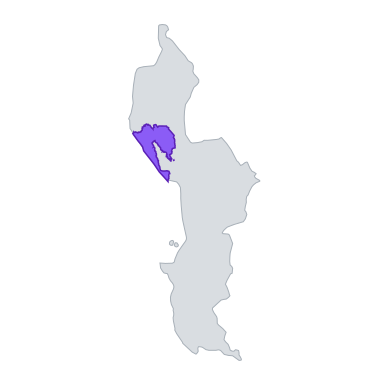 Mangochi, Mangochi, Malawi shown in context, rotated 183°
{"feature_id": "42251766B89682559169951", "entity_name": "Mangochi", "entity_type": "district", "adm_level": 2, "iso_a3": "MWI", "parent_name": "Malawi", "parent_adm1": "Mangochi", "projection": "orthographic", "projection_center": [35.105, -14.138], "detail": "fine", "context": "in_parent", "style": "filled", "palette": "violet", "viewbox_px": 384, "rotation_deg": 183, "n_neighbors": 0, "source": "geoboundaries", "source_scale": "gbopen_adm2", "svg_char_len": 8328}
<svg xmlns="http://www.w3.org/2000/svg" viewBox="0 0 384 384"><g transform="rotate(183 192 192)"><path d="M147.2,224.2L144.9,221.1L143.1,221.9L140.6,224.1L139.2,224.7L138.5,224.7L138.0,224.1L137.4,222.8L135.4,218.8L133.2,215.9L130.8,214.9L128.9,213.6L129.7,212.3L130.6,211.4L130.2,210.4L129.1,209.1L125.0,207.1L124.9,206.3L128.5,204.5L130.8,202.5L132.4,200.5L134.4,196.2L135.9,191.9L137.1,190.5L137.5,187.6L137.2,184.4L138.0,180.4L138.4,176.5L137.1,175.0L136.1,172.4L137.3,168.0L139.2,165.0L148.5,161.7L154.9,158.8L156.3,157.5L158.5,155.1L159.7,152.7L158.8,152.0L153.7,151.9L152.4,151.0L148.7,142.7L150.7,133.0L150.8,129.2L150.7,124.5L150.1,121.1L148.4,119.7L147.4,117.9L147.7,112.9L149.2,112.3L152.4,105.6L153.8,101.7L152.0,98.6L150.1,94.1L149.2,91.3L148.7,90.4L150.1,88.6L152.2,86.9L154.7,86.4L157.3,85.6L165.4,77.3L165.5,75.7L164.0,72.9L160.9,68.8L160.3,67.1L159.9,62.1L158.6,60.6L154.1,57.2L150.6,53.7L151.7,50.1L152.3,46.2L150.5,44.0L148.0,41.8L146.4,38.6L145.6,36.1L143.6,35.2L141.8,35.2L140.4,36.7L139.0,36.6L137.2,36.1L136.6,34.0L136.5,31.7L135.3,30.1L134.1,28.0L133.9,26.9L134.7,26.5L136.2,26.3L142.9,30.6L146.9,30.7L151.3,31.5L155.2,35.3L157.2,35.8L159.7,35.2L166.9,34.8L169.8,35.3L173.5,37.5L175.0,37.8L177.3,37.9L177.7,37.3L178.0,36.0L177.5,33.3L178.1,31.9L179.5,30.3L183.4,32.1L193.3,40.4L193.6,41.4L199.8,49.6L201.9,53.1L201.9,55.0L203.8,62.2L204.3,65.5L203.8,68.1L203.9,70.1L204.7,73.1L204.4,74.3L206.7,78.6L207.7,82.2L208.0,85.8L207.4,89.2L205.4,94.2L205.1,96.3L205.5,98.1L206.8,100.1L208.9,102.3L210.5,104.9L211.6,107.9L212.5,109.3L213.6,109.3L215.7,109.7L217.4,111.5L219.4,114.5L220.0,118.0L220.3,119.4L214.7,119.3L207.7,119.9L206.0,121.2L205.5,124.2L203.3,130.4L202.1,132.7L199.5,136.9L195.8,142.7L195.1,144.6L195.2,146.6L197.4,154.5L199.7,162.9L200.4,166.2L202.0,177.3L202.9,185.1L203.1,189.7L203.8,195.9L205.8,199.2L207.9,201.3L215.8,202.6L218.2,204.1L222.6,208.0L232.4,218.9L237.7,225.9L242.4,232.0L250.8,243.4L257.2,252.2L258.0,260.5L259.1,261.7L256.9,267.8L255.4,277.7L256.4,284.3L256.0,295.5L254.8,307.4L253.3,311.7L251.3,313.3L246.8,314.6L236.9,316.1L235.4,317.5L234.1,319.8L232.1,325.3L229.7,330.8L229.0,333.2L229.4,333.8L231.6,336.6L233.7,343.8L234.0,356.2L233.3,357.1L230.4,357.7L227.2,357.5L225.9,356.8L224.8,355.4L223.9,352.8L226.0,350.9L226.7,347.7L225.4,344.9L222.7,344.3L219.4,341.8L212.2,333.5L206.2,327.7L202.7,322.9L199.1,321.0L198.1,319.8L197.2,317.8L197.2,314.8L197.5,312.7L196.4,310.2L192.7,306.5L191.1,304.4L191.0,301.9L192.5,299.5L195.6,296.6L197.9,290.6L198.7,286.8L203.1,279.0L203.7,272.3L203.7,267.0L203.5,263.0L202.3,254.7L201.5,249.0L196.1,241.6L194.3,240.9L189.2,241.6L184.7,242.7L182.6,244.3L179.3,244.4L170.6,245.7L167.9,246.3L166.3,247.6L165.4,247.9L159.9,242.2L155.1,236.0L148.9,225.5L147.2,224.2ZM210.2,142.3L208.8,142.6L207.8,141.9L208.1,139.6L208.6,137.9L210.1,137.6L211.1,138.1L211.8,138.8L211.8,140.1L211.4,141.3L210.2,142.3ZM207.0,138.1L206.2,140.4L204.4,140.4L202.8,138.3L203.3,136.8L204.9,136.3L206.2,136.9L207.0,138.1Z" fill="#d9dde1" stroke="#a8b0b8" stroke-width="1"/><path d="M233.8,256.7L233.8,256.3L233.6,255.6L233.6,255.2L233.3,254.8L233.2,254.7L234.1,253.9L234.3,253.4L234.3,253.0L234.5,253.3L234.8,253.3L235.1,253.5L235.3,253.7L235.6,253.8L235.8,254.2L236.1,254.3L236.3,254.6L236.4,255.0L236.8,255.3L237.0,255.8L237.4,256.1L237.5,256.4L238.0,256.5L238.3,256.5L238.3,256.4L238.5,256.4L238.7,256.5L239.0,256.9L239.1,257.0L239.2,256.8L239.6,256.8L239.8,256.6L240.0,256.6L240.1,256.8L240.1,257.0L240.5,257.4L240.8,257.5L241.1,257.2L241.7,257.1L241.8,257.0L242.0,256.9L242.0,256.7L242.3,256.5L242.3,256.4L242.5,256.5L242.6,256.4L242.8,256.3L242.7,256.2L242.7,255.8L242.8,255.8L243.0,255.8L242.9,255.7L243.0,255.6L242.9,255.5L243.0,255.5L242.9,255.3L242.9,255.2L243.1,255.1L243.5,255.1L244.4,254.4L244.7,254.3L244.7,253.7L245.0,253.9L245.1,252.8L245.2,252.7L245.1,252.0L244.9,251.3L245.2,250.9L245.7,250.6L245.9,250.3L246.0,250.0L245.9,249.8L246.0,249.5L246.3,249.4L246.4,249.5L246.5,249.5L246.6,249.3L246.8,249.3L247.1,248.9L247.4,248.9L247.6,248.8L247.8,248.9L248.0,249.1L248.3,249.1L248.6,248.6L248.8,248.6L248.9,248.4L249.0,248.4L249.0,248.5L249.2,248.4L249.4,248.3L249.5,248.5L249.7,248.4L250.0,248.5L250.3,248.6L250.6,248.7L251.1,248.9L251.4,249.0L251.5,248.8L252.1,248.5L252.4,248.8L252.5,248.8L252.9,248.6L253.0,248.6L253.2,248.8L253.2,248.6L253.3,248.5L253.2,248.4L253.3,248.3L253.4,248.2L253.6,247.8L253.9,247.5L253.9,247.3L254.1,247.2L253.4,246.1L252.3,244.8L248.6,240.2L246.1,237.5L243.7,234.5L243.2,232.9L242.4,230.5L231.7,218.3L225.7,210.3L220.6,205.3L216.5,201.1L216.5,202.0L216.6,202.4L216.5,202.5L216.4,202.9L216.5,203.1L216.4,203.3L216.3,203.6L216.2,203.8L215.8,204.1L216.0,204.5L216.0,205.2L215.9,205.4L215.9,205.7L215.9,206.6L216.1,207.0L216.1,207.7L216.0,208.5L215.7,208.9L215.4,209.3L215.2,209.3L215.4,209.9L215.6,210.0L215.8,210.8L216.2,211.5L216.7,211.5L217.2,211.6L217.3,211.8L217.9,211.8L218.4,211.9L219.0,211.7L220.7,211.5L222.3,211.4L223.8,211.7L224.6,212.0L224.9,212.8L224.9,213.0L225.1,213.4L225.2,213.8L225.3,214.0L225.4,214.3L225.3,214.6L225.6,215.7L225.9,216.3L226.3,216.6L226.4,217.0L226.7,217.3L226.7,217.8L226.7,218.3L226.9,218.8L226.9,219.1L227.1,219.4L227.2,219.7L227.2,220.0L227.4,220.8L227.4,221.0L227.1,221.3L227.2,221.6L227.3,221.7L227.3,221.8L227.7,222.0L227.9,222.2L228.0,222.8L228.0,223.1L228.1,223.4L228.4,223.5L228.6,224.1L228.8,224.4L229.0,224.6L229.0,224.8L229.4,225.0L229.6,225.2L229.6,226.0L229.8,226.5L229.7,226.7L229.4,226.9L229.4,227.1L229.6,227.9L229.6,228.5L230.1,229.1L230.2,229.5L230.2,229.9L230.2,230.1L230.3,230.5L230.7,231.0L230.9,231.1L231.1,231.2L231.3,231.1L231.4,231.3L231.4,231.9L231.6,232.3L231.4,232.7L231.4,233.5L231.5,234.1L231.8,234.6L232.1,234.7L232.5,235.0L232.7,234.9L232.6,235.1L232.7,235.5L232.7,236.0L233.0,236.2L233.2,236.9L233.5,237.1L233.8,237.4L233.9,237.8L234.1,237.9L234.3,238.2L234.4,238.5L234.3,238.8L234.4,239.0L234.1,239.3L233.9,239.3L233.7,239.4L233.5,239.8L233.5,240.1L233.2,240.4L232.5,241.0L232.2,241.1L232.1,241.3L231.7,241.4L231.7,241.1L231.4,240.8L231.3,240.6L231.2,240.1L231.3,240.1L231.0,239.8L230.4,239.4L230.2,239.2L229.5,239.1L229.4,239.0L229.3,238.9L229.0,238.5L229.0,238.1L228.7,237.7L228.4,237.6L228.4,237.2L228.2,237.0L228.1,236.6L227.9,236.3L227.7,236.2L227.3,236.2L226.8,236.0L226.7,235.6L226.4,235.2L226.3,234.9L226.1,234.8L225.8,234.7L225.7,234.5L225.7,234.3L225.6,234.2L225.6,233.7L225.6,233.2L225.4,232.6L225.0,232.5L224.8,232.1L224.3,231.9L224.1,231.9L224.0,232.0L223.8,231.9L223.8,231.6L223.5,231.3L223.5,231.2L223.7,230.7L222.9,231.0L222.3,231.1L222.2,231.0L222.0,230.7L222.1,230.3L222.1,230.2L221.8,230.2L221.3,230.5L221.1,230.5L221.0,230.4L220.7,230.5L220.1,230.3L219.6,229.9L219.3,229.2L219.2,228.7L219.3,228.3L219.1,228.4L218.9,228.3L218.9,228.1L219.1,227.7L219.1,227.2L219.3,227.1L219.2,226.8L219.1,226.7L219.0,226.3L219.1,226.2L218.9,226.2L218.9,226.4L218.6,226.3L218.6,226.1L218.7,225.8L218.4,225.6L218.4,225.4L218.6,225.4L218.6,225.1L218.4,225.0L218.2,224.7L217.9,224.7L217.5,224.1L217.0,223.8L216.5,223.3L216.2,223.1L215.8,223.1L215.8,223.3L215.8,223.7L215.7,223.9L215.5,224.2L214.9,224.6L214.6,224.9L215.0,225.7L215.7,226.3L215.8,226.7L216.0,227.1L216.1,227.5L216.4,227.9L216.3,228.2L216.0,228.4L215.9,228.4L215.3,228.5L215.2,228.8L214.6,229.1L214.4,229.3L214.4,229.5L214.2,229.7L214.2,230.3L214.1,231.3L214.5,231.4L214.5,232.4L214.4,232.7L214.2,233.0L214.0,233.5L214.1,234.0L213.6,234.5L213.4,234.5L212.3,234.9L211.2,235.2L211.2,235.3L211.3,235.9L211.3,236.3L211.4,236.6L211.3,237.2L211.4,238.0L211.7,238.5L211.7,238.9L211.8,239.3L211.7,239.6L212.0,240.1L212.0,241.1L211.9,241.9L212.0,242.1L212.0,242.6L212.1,243.5L212.3,243.6L212.4,243.9L212.5,244.5L212.9,244.7L212.9,244.8L213.4,245.4L212.8,247.6L216.4,251.4L218.8,253.7L218.7,254.1L218.8,254.4L218.7,254.8L218.7,255.0L219.6,255.4L220.0,255.5L220.4,255.6L220.6,256.1L220.9,256.5L223.1,256.4L228.4,256.2L228.8,255.9L229.2,255.4L229.4,255.3L229.6,255.0L230.2,255.5L231.3,257.1L231.7,257.4L231.9,257.4L232.5,257.3L233.8,256.7ZM215.7,223.3L215.7,223.1L215.5,222.5L215.3,222.2L215.0,222.0L214.8,221.8L214.6,221.8L214.5,222.0L214.8,222.5L215.0,222.8L215.4,223.2L215.7,223.3ZM214.1,224.0L214.0,223.8L213.9,223.9L214.3,224.2L214.7,224.2L214.4,224.0L214.3,223.9L214.1,224.0ZM211.8,223.0L212.0,222.8L211.9,222.6L211.7,222.7L211.8,223.0Z" fill="#8b5cf6" stroke="#5b21b6" stroke-width="1.5"/></g></svg>